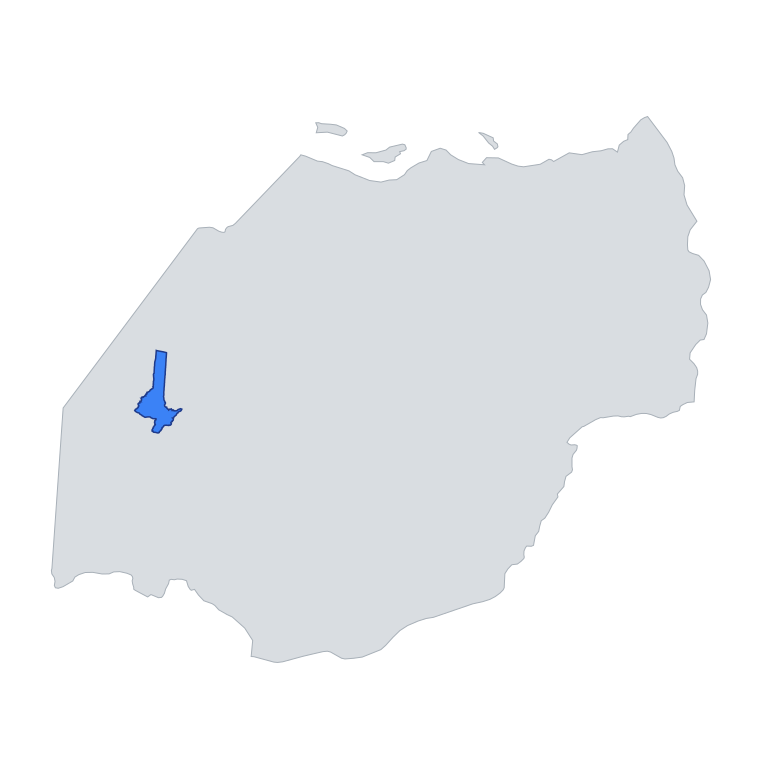 Bariadi, Simiyu, United Republic of Tanzania (highlighted), rotated 274°
{"feature_id": "72390352B92057106188413", "entity_name": "Bariadi", "entity_type": "district", "adm_level": 2, "iso_a3": "TZA", "parent_name": "United Republic of Tanzania", "parent_adm1": "Simiyu", "projection": "natural_earth1", "projection_center": [34.103, -2.601], "detail": "fine", "context": "in_parent", "style": "filled", "palette": "blue", "viewbox_px": 768, "rotation_deg": 274, "n_neighbors": 0, "source": "geoboundaries", "source_scale": "gbopen_adm2", "svg_char_len": 9051}
<svg xmlns="http://www.w3.org/2000/svg" viewBox="0 0 768 768"><g transform="rotate(274 384 384)"><path d="M283.5,565.4L275.2,560.3L267.6,557.2L261.4,553.8L258.6,550.4L252.8,549.2L247.8,548.6L243.1,545.5L233.5,544.4L232.4,542.3L232.3,537.7L230.6,536.5L227.1,535.3L223.4,535.4L221.1,536.0L219.7,535.7L216.6,533.0L213.7,529.6L212.6,524.1L208.2,520.5L203.2,517.8L189.1,518.1L186.9,517.2L183.6,514.4L179.7,509.8L176.5,504.6L173.7,497.5L170.9,487.9L154.7,449.6L153.0,442.3L149.8,434.3L144.7,424.4L139.2,417.1L131.8,410.5L123.4,403.9L118.8,399.4L110.1,381.4L108.3,372.9L107.0,364.2L107.5,360.7L112.9,349.4L113.5,346.2L112.8,341.9L110.1,333.0L106.7,322.1L99.8,302.3L98.8,297.2L98.9,293.5L102.9,273.3L102.9,270.5L119.0,270.9L130.8,262.1L141.0,248.9L143.1,243.4L147.2,234.9L151.3,230.7L152.9,227.8L155.2,219.4L160.6,213.6L165.9,209.3L164.8,206.1L165.5,205.0L168.4,202.8L174.0,200.7L175.1,196.3L175.0,191.3L174.1,188.5L174.3,185.3L173.4,183.5L169.8,183.0L164.4,180.5L159.8,179.5L156.8,178.0L155.6,176.9L155.1,173.9L157.7,166.2L155.1,163.1L160.8,150.3L161.8,148.7L163.8,148.5L167.1,147.2L170.1,146.5L172.5,147.0L174.3,146.5L175.9,145.0L177.3,140.7L178.4,133.5L177.7,127.5L175.4,123.0L174.8,116.1L175.8,106.7L175.1,99.0L172.5,92.8L169.8,89.1L165.8,87.3L159.4,77.9L157.5,73.3L157.8,70.4L160.0,69.2L164.1,69.6L167.9,68.6L171.4,65.9L174.9,65.2L176.7,65.6L337.7,65.6L525.9,187.1L526.7,188.5L528.2,199.0L527.9,202.5L524.9,208.6L524.1,211.7L524.1,213.9L524.8,214.8L527.2,215.1L529.3,216.5L530.1,217.6L531.7,222.2L533.8,224.5L605.2,284.1L606.8,285.0L605.8,290.0L601.7,302.1L601.5,307.1L599.9,313.1L598.3,317.0L594.2,334.1L590.7,340.5L586.0,355.4L585.2,366.9L587.8,374.9L588.7,382.4L594.2,389.8L598.6,392.4L601.6,395.8L606.9,403.5L609.9,411.2L619.3,415.0L623.1,423.6L621.7,429.6L617.3,434.5L613.1,442.5L609.8,453.0L609.7,469.0L611.9,466.6L616.9,470.5L617.5,482.3L612.3,496.1L610.7,502.5L610.4,508.1L614.1,524.5L619.7,532.9L619.3,535.5L617.8,537.7L627.5,552.6L626.6,565.5L630.2,575.6L631.8,584.3L634.2,591.0L634.6,595.6L631.6,600.7L638.7,602.0L642.8,606.1L644.8,610.1L649.9,610.0L652.6,612.7L656.6,615.0L665.4,621.7L667.8,625.1L669.2,628.3L644.8,649.5L636.0,654.9L629.7,657.5L623.0,658.9L616.7,662.2L610.6,667.5L602.9,670.1L593.6,670.1L583.7,673.8L568.2,684.8L559.2,678.7L552.1,676.8L544.0,677.0L539.0,677.7L537.2,679.0L535.7,682.7L534.3,688.9L529.0,694.7L519.6,700.4L511.0,702.5L503.1,701.0L497.8,698.7L495.0,695.4L490.9,693.9L485.5,694.2L480.3,696.5L475.3,700.9L467.4,702.8L456.5,702.2L450.7,700.1L449.9,696.4L445.1,692.2L436.4,687.2L430.0,687.1L425.9,691.8L422.1,694.8L418.7,696.0L415.6,696.2L411.2,694.9L399.2,694.4L387.8,694.6L386.7,687.8L384.3,683.6L382.3,681.1L378.3,680.5L377.2,678.6L375.9,674.3L374.0,670.7L371.4,667.7L369.9,665.0L369.4,662.4L369.8,659.6L372.1,652.6L372.9,647.8L372.6,642.9L371.3,637.9L368.6,631.9L368.9,630.2L368.0,626.1L367.9,623.2L368.5,619.7L368.0,615.0L365.6,605.0L365.6,602.4L363.2,597.6L355.6,586.2L355.2,584.7L343.3,573.1L338.6,570.6L336.9,572.8L336.2,574.8L336.7,578.5L336.4,580.3L335.9,581.1L333.1,581.0L331.4,580.6L326.9,577.5L323.3,576.7L314.6,577.3L311.6,578.0L309.2,577.3L304.6,572.0L299.2,570.9L294.3,570.6L286.3,564.6L283.5,565.4ZM620.7,373.1L624.6,385.7L624.1,388.1L621.3,389.6L619.8,389.7L618.1,387.7L616.9,383.4L614.8,384.4L611.2,379.3L607.7,379.1L604.6,373.0L605.8,367.7L605.1,358.6L609.0,354.0L611.1,346.2L613.6,351.5L614.1,359.8L617.5,369.6L620.7,373.1ZM639.8,297.7L640.1,300.7L639.3,303.5L639.4,312.5L639.1,318.4L636.2,326.7L633.8,329.6L631.6,328.8L629.9,327.4L628.5,325.2L631.3,310.0L629.9,298.9L635.4,300.0L639.8,297.7ZM631.4,480.3L628.6,481.1L627.5,480.3L625.8,477.9L628.8,475.7L631.7,471.6L638.3,465.6L641.5,460.8L641.0,465.5L637.2,475.7L634.0,476.4L631.4,480.3Z" fill="#d9dde1" stroke="#a8b0b8" stroke-width="1"/><path d="M401.3,154.5L397.4,154.5L395.2,154.4L394.1,154.5L391.8,154.2L390.5,153.9L389.6,153.8L387.3,153.8L386.4,153.9L384.6,153.7L384.1,153.8L382.7,153.8L378.6,153.9L378.2,153.5L377.6,153.4L376.9,153.3L376.2,153.6L375.2,153.6L373.9,153.9L373.5,153.9L373.0,154.1L372.5,154.1L371.7,153.9L371.2,154.1L370.3,153.8L370.0,153.7L369.4,153.9L369.0,154.0L368.8,153.9L368.6,153.8L368.4,153.8L367.8,154.1L367.3,154.0L367.1,153.8L366.9,153.9L366.6,153.9L366.2,154.0L365.8,153.9L365.5,153.9L365.4,153.8L365.3,154.0L365.1,154.1L364.8,154.1L364.7,154.0L363.9,154.0L363.8,153.8L363.7,153.5L363.4,153.3L363.1,152.9L363.0,153.0L362.9,152.8L362.8,152.6L362.7,152.5L362.6,152.4L362.4,152.4L362.2,152.0L362.1,151.9L362.1,151.5L362.0,151.4L361.7,151.3L361.3,151.0L361.0,151.0L360.9,150.9L360.3,150.5L359.4,149.0L359.4,148.8L359.3,148.6L359.1,148.6L358.7,148.5L358.6,148.4L358.5,148.2L358.4,148.1L358.2,148.2L358.3,148.1L358.1,148.1L358.0,147.9L357.8,148.1L357.7,148.1L357.3,148.0L357.2,147.8L357.3,147.7L357.2,147.6L357.2,147.4L357.1,147.2L356.9,147.1L356.8,147.3L356.7,147.2L356.7,147.3L356.6,147.1L355.9,146.8L355.8,146.7L355.7,146.8L355.7,146.7L355.4,146.4L355.3,146.2L355.2,146.2L354.9,145.7L354.6,145.4L354.5,144.8L354.3,144.8L354.4,144.6L354.2,144.3L354.0,144.0L353.9,144.0L354.1,143.5L353.8,143.3L353.6,143.2L353.3,143.2L353.1,143.1L353.0,142.9L352.6,143.0L352.6,142.9L352.4,143.1L352.0,143.3L351.9,143.3L351.5,143.0L351.3,143.0L351.0,143.0L350.8,143.2L350.6,143.1L350.2,142.8L350.1,142.7L349.9,142.7L349.7,142.6L349.6,142.4L349.5,142.5L349.5,142.3L349.4,142.4L349.0,142.3L348.7,141.8L348.8,141.7L348.7,141.7L348.4,141.4L348.1,141.2L347.9,141.4L347.8,141.1L347.8,140.8L347.8,140.6L347.6,140.5L347.6,140.4L347.5,140.2L347.5,140.3L347.4,140.2L347.2,140.1L346.9,140.0L346.7,140.1L346.3,140.2L346.2,140.3L345.9,140.6L345.7,140.5L345.3,140.9L344.9,140.9L344.5,140.7L344.3,140.6L344.2,140.4L343.8,140.4L343.5,140.4L343.4,140.4L343.3,140.2L343.0,139.8L342.9,139.8L342.6,139.5L342.5,139.3L342.2,139.3L342.0,139.0L342.0,138.9L341.7,138.4L341.6,138.1L341.2,137.9L341.3,137.7L341.2,137.6L340.8,137.6L340.7,137.7L340.1,137.2L339.3,138.0L338.8,139.0L338.3,140.0L338.0,141.7L337.7,142.0L336.8,142.7L336.8,142.8L335.9,144.7L335.6,144.8L335.4,145.0L335.2,145.8L334.8,146.4L334.7,146.8L334.4,147.3L334.1,147.9L334.6,150.1L334.8,151.5L334.8,152.6L334.8,153.0L334.2,153.8L333.9,154.2L333.8,154.8L333.3,155.9L333.4,157.4L333.5,158.6L333.4,159.0L332.9,159.1L332.7,159.0L332.4,158.9L332.2,158.9L331.7,158.1L331.4,158.0L331.3,157.9L331.0,157.9L330.9,157.8L330.9,157.7L330.8,157.9L330.2,157.8L330.1,158.1L329.4,157.9L329.2,158.0L329.1,157.9L328.8,158.1L328.6,158.3L328.3,158.3L328.3,158.2L328.2,158.2L328.2,158.3L327.8,158.4L327.6,158.7L327.3,158.6L327.3,158.4L327.1,158.1L326.9,158.0L326.6,157.9L326.5,158.0L326.3,157.9L326.2,157.7L325.3,157.3L325.1,157.1L324.8,157.1L324.7,156.9L324.5,157.0L324.0,156.8L323.8,156.6L323.6,156.7L323.3,156.4L322.9,156.3L322.2,155.9L321.8,155.8L321.4,155.9L321.2,156.1L321.2,156.3L321.0,156.2L320.8,156.3L320.7,156.5L320.6,156.4L320.5,156.7L319.9,157.4L319.8,157.9L319.8,159.5L319.4,161.3L319.5,162.4L319.9,163.1L320.1,163.0L320.3,163.1L320.5,163.1L321.0,163.5L321.2,163.8L321.5,164.0L321.7,164.4L322.3,164.8L322.4,164.7L322.6,164.8L322.8,165.0L323.1,165.0L323.6,165.6L323.8,165.6L324.1,165.7L324.4,165.8L324.6,165.8L324.7,165.6L324.8,165.6L325.2,165.8L325.3,166.2L325.6,166.4L325.9,166.8L326.4,167.1L326.9,167.2L327.1,167.3L327.3,168.0L327.5,168.1L327.6,168.5L327.6,169.2L327.7,169.4L327.8,169.6L327.6,170.0L327.7,171.1L327.6,171.5L327.6,171.9L327.6,172.1L327.8,172.1L328.0,172.3L328.0,172.6L327.9,172.7L328.0,173.5L328.1,173.9L328.2,174.0L328.7,174.3L329.1,174.6L329.5,174.7L330.4,174.1L330.6,174.1L330.8,174.3L331.0,174.3L331.4,174.7L331.7,175.2L331.8,175.5L332.7,175.4L333.0,176.0L333.3,176.3L334.3,176.3L334.7,176.3L335.0,176.0L335.3,175.5L335.5,176.0L335.4,176.3L335.5,176.5L336.0,176.6L336.6,176.9L337.4,177.7L337.7,177.9L338.5,178.9L339.2,179.1L340.3,179.6L340.6,179.9L340.8,180.5L341.4,180.6L341.6,180.7L341.8,181.1L342.1,181.4L342.4,181.9L342.5,182.5L343.1,183.1L343.2,183.4L343.4,183.5L343.7,183.6L344.2,183.9L344.8,184.1L344.9,183.8L345.2,182.6L345.1,182.4L344.6,181.5L344.3,180.7L344.2,180.4L343.1,179.4L342.8,178.5L342.6,177.3L342.7,176.8L342.6,176.6L342.8,175.9L342.8,175.4L343.0,175.7L343.4,175.7L343.4,174.8L343.3,174.4L344.4,173.5L344.2,173.1L343.9,172.9L343.8,172.4L343.9,171.6L343.4,171.5L343.1,171.1L343.3,171.1L343.6,170.8L343.9,169.9L344.2,169.7L344.4,169.3L344.6,169.1L345.7,168.9L345.8,168.5L345.7,168.2L345.7,167.9L345.8,167.9L346.0,167.5L346.1,167.3L346.5,166.8L347.1,166.6L347.8,166.7L348.3,166.6L348.4,166.8L348.9,167.1L349.1,167.3L349.9,167.2L350.1,167.0L350.4,167.1L350.5,166.9L350.7,166.7L350.8,166.5L351.4,166.5L352.3,165.9L352.8,165.6L353.0,165.6L353.7,165.4L354.5,165.4L355.9,165.0L356.4,164.9L357.1,165.1L358.6,165.1L359.9,164.9L361.5,164.9L362.8,165.0L364.5,164.9L367.6,165.0L369.0,164.9L370.5,165.0L371.2,164.9L373.2,164.9L374.2,164.9L375.1,165.0L376.1,164.9L377.5,165.0L378.2,165.1L380.8,164.9L381.9,165.0L384.0,164.9L385.6,165.0L386.5,164.9L387.6,165.0L389.1,164.9L391.6,164.9L392.7,164.9L393.8,164.8L394.8,164.9L399.0,164.9L399.3,164.9L400.1,164.8L400.7,161.5L401.2,157.0L401.5,154.8L401.6,154.5L401.3,154.5Z" fill="#3b82f6" stroke="#1e3a8a" stroke-width="1.5"/></g></svg>